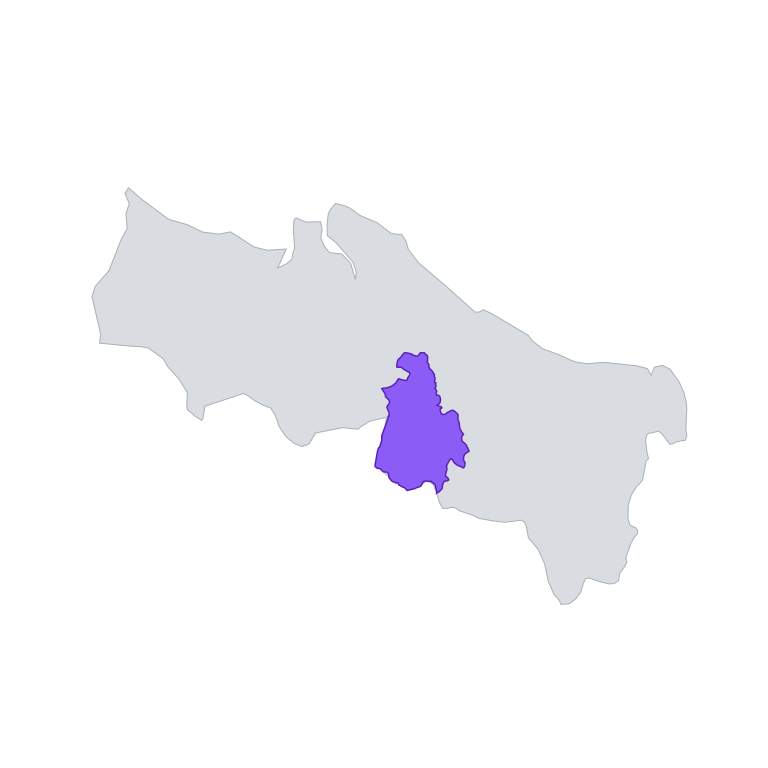 Castelo Branco highlighted on a map of Portugal, rotated 107°
{"feature_id": "PRT-751", "entity_name": "Castelo Branco", "entity_type": "District", "adm_level": 1, "iso_a3": "PRT", "parent_name": "Portugal", "parent_adm1": "", "projection": "robinson", "projection_center": [-7.603, 39.986], "detail": "fine", "context": "in_parent", "style": "filled", "palette": "violet", "viewbox_px": 768, "rotation_deg": 107, "n_neighbors": 0, "source": "natural_earth", "source_scale": "10m", "svg_char_len": 5571}
<svg xmlns="http://www.w3.org/2000/svg" viewBox="0 0 768 768"><g transform="rotate(107 384 384)"><path d="M295.7,102.4L304.8,94.5L313.8,89.2L318.8,87.3L339.5,81.9L345.0,79.2L350.1,79.7L350.9,82.3L353.8,87.3L357.1,90.8L358.0,93.3L350.0,104.1L348.9,107.8L353.0,114.7L353.8,116.8L355.8,117.7L361.4,117.4L371.4,113.0L378.1,109.2L380.5,110.8L400.1,108.7L404.7,110.4L407.8,112.3L417.4,114.9L427.9,115.1L441.0,111.5L446.6,107.9L447.7,103.8L448.0,100.8L449.7,98.8L452.6,97.7L457.3,99.7L463.9,101.3L479.7,101.9L482.9,99.7L488.2,100.4L495.3,103.2L503.6,102.3L507.7,105.7L509.4,110.4L510.0,120.4L509.4,130.5L511.0,134.2L516.6,135.1L525.6,135.0L533.6,137.8L539.9,142.5L542.0,147.4L542.9,150.8L539.9,152.7L535.6,159.9L524.6,169.3L509.0,177.8L497.0,188.3L488.8,201.0L478.4,206.3L475.3,209.2L474.0,212.6L480.9,228.1L483.1,240.0L484.8,254.6L483.7,258.7L483.2,274.8L481.7,279.5L482.1,283.3L484.6,287.4L485.8,291.3L481.0,296.3L472.4,302.2L465.9,307.3L464.2,312.0L464.7,315.0L475.5,325.2L477.5,329.3L476.1,339.4L469.9,355.9L463.9,366.0L462.9,367.0L456.0,369.8L423.3,369.9L415.3,372.2L416.4,374.2L424.1,387.2L432.2,394.1L434.8,395.6L437.8,410.8L450.8,435.0L463.5,438.3L467.9,444.3L467.1,452.8L463.2,462.1L455.5,471.7L446.2,478.4L440.2,485.1L439.7,492.9L437.8,502.7L434.9,510.5L434.2,515.7L457.5,548.7L470.4,547.1L472.1,547.8L469.8,555.7L465.7,564.9L460.8,566.7L449.8,569.5L439.3,581.4L430.8,595.7L424.4,602.6L418.5,619.6L419.3,627.0L422.1,638.4L428.1,668.0L419.5,669.4L385.9,688.7L375.5,688.8L356.1,680.2L321.8,677.5L310.6,675.0L296.7,680.5L285.9,680.4L277.3,687.5L271.1,685.6L278.3,669.6L289.5,638.1L289.1,618.8L291.8,602.1L288.9,585.5L283.4,575.2L291.0,548.3L290.2,534.5L283.5,517.0L304.3,519.7L297.9,512.7L291.5,508.5L285.4,509.5L280.2,509.2L262.4,516.0L253.5,518.0L250.9,516.8L251.9,506.0L247.4,492.0L254.5,488.3L262.8,487.2L269.9,481.2L274.3,474.6L272.0,462.6L278.2,451.3L292.6,441.8L285.1,443.2L276.6,449.2L263.1,470.8L258.7,481.7L247.3,485.3L237.0,487.1L231.8,485.9L225.6,483.1L225.1,475.0L225.6,468.6L229.9,455.8L231.7,437.7L237.8,421.5L237.4,417.2L235.8,410.8L241.2,404.5L247.9,400.3L258.0,386.4L272.3,353.3L288.6,318.2L287.3,313.9L283.9,310.7L285.3,301.3L295.3,260.3L299.3,254.9L303.9,242.9L305.0,223.6L306.9,210.2L306.5,203.5L305.1,195.4L299.0,180.0L292.7,147.5L292.2,136.6L297.6,131.1L288.9,130.3L284.9,123.3L285.9,115.3L295.7,102.4Z" fill="#d9dde1" stroke="#a8b0b8" stroke-width="1"/><path d="M473.0,301.8L471.8,301.9L467.6,304.5L465.8,305.2L465.0,306.3L464.0,309.1L463.2,310.5L464.0,312.2L464.7,316.2L465.9,317.8L467.0,318.1L469.6,318.5L470.7,318.9L471.7,319.7L473.0,321.7L475.2,324.2L479.1,330.8L477.5,333.4L477.0,334.7L477.2,336.0L476.8,337.1L476.3,340.0L476.0,340.5L475.0,341.1L474.7,341.7L474.7,342.4L475.1,343.6L475.1,344.1L474.9,345.2L474.8,347.2L474.5,348.3L472.1,351.8L471.1,352.3L468.9,353.2L468.2,353.8L467.5,355.4L467.6,356.7L468.0,357.8L468.2,358.8L467.8,359.9L466.6,361.9L466.2,363.0L466.2,364.1L466.5,364.9L466.6,365.8L465.5,368.4L464.0,368.9L449.7,370.6L446.7,370.5L444.5,369.3L442.9,369.8L439.0,369.6L437.2,370.0L435.6,370.6L434.2,371.0L413.2,370.1L413.3,370.4L412.3,370.0L410.4,370.6L408.7,371.7L407.4,372.9L405.2,374.5L403.6,374.3L402.0,373.5L399.7,373.3L398.1,374.4L396.9,376.4L396.0,378.2L395.4,379.0L393.5,379.7L391.9,381.4L390.5,383.2L389.1,384.7L388.2,383.5L387.5,381.4L387.1,380.5L385.0,377.5L383.0,375.3L381.2,374.2L379.8,373.1L377.8,372.4L376.6,372.3L375.5,372.0L374.9,371.7L374.6,370.7L374.8,368.8L374.7,367.0L374.5,366.2L374.5,365.3L374.3,364.4L374.0,363.7L373.5,363.1L371.1,363.1L368.0,362.1L366.0,362.4L365.5,363.3L364.3,369.4L363.6,370.6L363.1,372.1L363.2,373.4L363.9,375.3L364.0,376.0L364.0,376.7L361.9,377.4L358.5,377.7L356.4,377.6L354.0,376.0L348.6,374.0L347.7,372.5L347.3,368.2L347.3,366.0L348.0,364.9L347.8,362.7L347.9,362.1L347.9,361.5L347.8,360.9L347.4,360.2L346.8,359.6L345.7,359.1L344.4,358.8L343.4,358.2L342.9,356.3L342.4,355.0L342.4,354.4L343.1,353.4L343.7,352.9L343.8,352.2L343.7,351.6L344.3,350.9L344.8,350.4L349.1,349.1L350.1,349.3L350.6,348.8L351.4,347.7L352.3,346.8L353.2,346.4L354.0,346.3L354.9,345.7L355.9,344.8L357.8,341.3L359.3,339.8L359.6,339.1L360.3,338.6L360.7,338.4L362.1,338.2L363.1,337.0L365.3,336.5L367.0,336.5L367.3,336.1L367.5,335.5L367.6,334.8L368.1,334.7L369.5,334.5L370.0,334.0L370.5,333.8L371.4,333.6L372.0,333.6L372.6,333.8L373.1,334.1L373.5,333.7L374.8,332.0L375.5,331.5L376.3,331.4L378.1,331.4L379.1,330.8L379.2,330.1L378.8,328.5L379.2,327.6L380.3,326.4L382.6,325.3L384.0,325.1L385.2,325.0L386.1,325.2L387.0,325.6L388.9,327.1L389.1,324.7L389.0,322.7L389.5,322.1L389.9,321.7L390.4,321.8L390.6,322.2L390.9,322.7L391.6,322.9L392.6,322.7L394.5,321.5L395.4,320.7L395.8,320.1L395.8,319.4L395.8,318.7L395.7,317.9L395.2,316.7L392.6,315.0L390.9,313.1L389.9,312.3L389.4,311.5L388.9,310.0L389.2,309.1L391.3,304.5L393.2,303.7L394.8,303.5L396.0,303.0L399.7,300.5L402.3,299.5L404.8,298.0L407.0,295.9L408.8,293.3L411.3,294.2L414.5,293.5L415.5,292.8L416.1,292.0L416.9,290.4L417.0,289.5L418.4,287.4L423.3,283.0L427.1,286.0L429.3,286.6L430.4,286.5L433.5,285.7L435.6,283.5L436.4,283.3L437.4,283.1L439.1,282.9L439.8,283.0L441.0,283.5L440.1,290.5L438.9,293.6L438.2,294.5L437.3,295.3L436.4,296.6L436.1,297.5L436.2,298.2L436.6,298.5L437.2,298.8L437.8,299.0L438.9,299.4L440.9,299.8L443.4,300.3L447.7,298.8L452.4,298.8L453.6,298.4L454.3,297.7L454.5,296.9L455.0,295.9L455.6,295.0L456.6,294.1L457.3,294.3L457.8,294.9L458.2,295.7L459.1,297.3L460.0,298.1L462.2,298.5L464.4,298.4L466.0,297.9L467.0,298.0L467.6,298.1L470.0,299.3L471.5,300.2L472.5,301.3L472.9,301.7L473.0,301.8Z" fill="#8b5cf6" stroke="#5b21b6" stroke-width="1.5"/></g></svg>